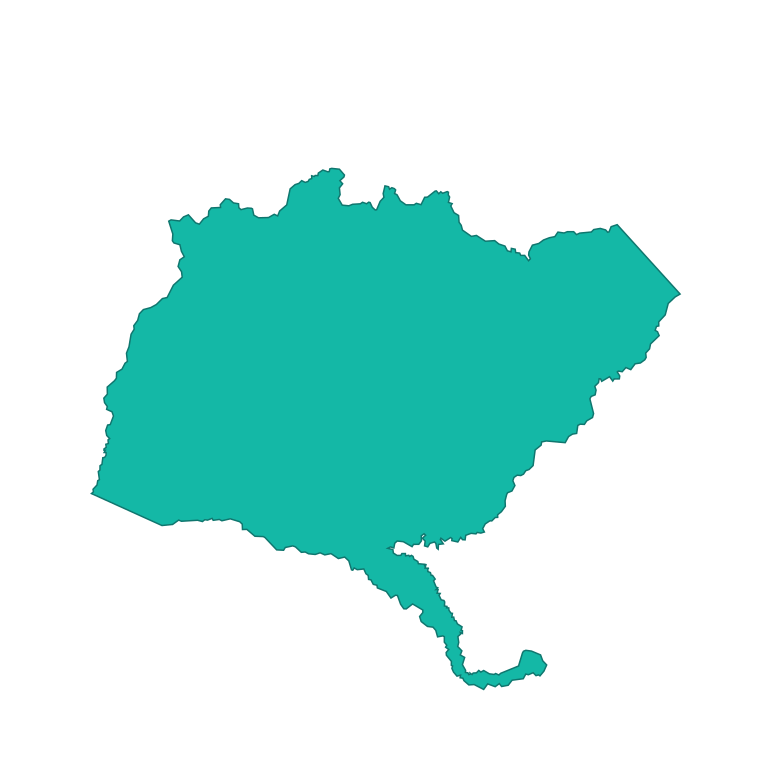 Lábrea, Amazonas, Brazil (Mercator projection), rotated 204°
{"feature_id": "56859067B73498292835260", "entity_name": "Lábrea", "entity_type": "district", "adm_level": 2, "iso_a3": "BRA", "parent_name": "Brazil", "parent_adm1": "Amazonas", "projection": "mercator", "projection_center": [-66.154, -8.383], "detail": "fine", "context": "isolated", "style": "filled", "palette": "teal", "viewbox_px": 768, "rotation_deg": 204, "n_neighbors": 0, "source": "geoboundaries", "source_scale": "gbopen_adm2", "svg_char_len": 6171}
<svg xmlns="http://www.w3.org/2000/svg" viewBox="0 0 768 768"><g transform="rotate(204 384 384)"><path d="M604.1,488.7L606.5,481.2L605.1,478.8L613.4,474.6L614.4,470.7L612.7,465.8L616.0,461.5L617.7,454.9L621.7,454.6L631.5,459.0L635.1,455.1L637.0,449.8L645.3,447.3L646.9,445.2L637.9,435.1L635.6,428.8L633.3,427.4L627.1,428.2L623.1,422.9L618.2,419.0L621.0,414.4L619.9,407.6L614.6,404.2L611.8,399.5L616.6,388.6L617.3,374.8L621.2,371.9L624.3,364.0L628.2,358.9L634.1,354.1L636.0,348.7L634.9,341.9L636.3,335.5L634.5,332.4L635.3,326.6L632.1,314.3L631.8,307.4L627.6,300.2L629.0,297.7L629.4,291.0L633.0,285.8L630.8,280.4L631.6,277.2L635.6,268.6L632.6,262.2L634.2,257.1L631.7,253.3L627.6,250.9L627.1,248.0L621.2,248.0L618.1,244.7L617.6,235.6L619.8,234.1L619.3,228.3L616.4,224.2L612.4,222.5L613.4,220.7L611.6,217.5L613.6,215.8L612.0,213.1L613.4,210.8L612.9,209.6L611.6,210.1L611.8,207.6L610.0,208.3L608.9,205.8L609.4,203.3L610.9,202.3L609.0,195.9L610.2,193.8L608.5,189.9L609.4,187.8L605.1,180.9L606.2,179.2L605.1,175.0L607.0,169.5L605.6,167.3L606.7,164.9L529.3,164.4L520.0,169.7L516.2,176.2L513.3,176.2L498.9,183.7L493.9,184.5L492.5,187.1L489.8,187.9L486.4,191.3L484.6,190.0L479.3,193.3L476.5,193.1L469.6,198.3L459.7,199.5L456.5,198.3L454.1,193.5L450.2,195.4L440.0,192.4L432.2,195.5L430.2,195.3L414.6,188.8L408.1,191.3L407.7,194.5L401.5,199.0L398.6,199.2L391.1,196.6L387.6,198.5L383.9,198.2L377.5,200.3L373.7,203.8L368.6,203.8L363.4,207.5L354.7,206.0L349.5,209.9L344.2,208.1L338.1,201.0L336.8,201.2L336.4,203.8L332.9,203.5L327.2,206.8L323.3,203.3L320.6,202.7L318.6,199.2L316.3,199.8L312.3,196.6L308.6,197.3L307.1,195.0L297.5,195.4L290.6,191.3L287.6,195.7L285.7,196.3L279.2,189.5L274.5,186.7L272.2,187.6L268.4,194.7L256.6,193.3L255.6,191.0L256.9,186.1L253.4,182.1L245.7,180.2L240.3,181.8L236.5,180.0L232.2,174.8L227.8,177.8L226.1,177.7L223.9,172.7L220.4,170.9L220.7,168.6L216.9,167.8L218.0,164.0L216.7,161.6L209.6,158.0L208.1,154.4L206.7,154.3L206.3,151.8L203.3,149.1L198.5,146.8L195.6,149.2L195.0,146.6L192.3,147.3L190.3,145.5L184.1,143.6L179.4,146.1L168.7,145.5L167.3,152.2L159.3,152.7L156.8,157.2L153.5,155.5L148.0,159.3L146.5,165.5L136.9,171.4L136.5,176.7L133.9,177.1L130.3,180.9L126.5,179.4L124.6,181.1L122.8,180.8L121.1,186.7L121.1,193.5L126.4,195.7L130.8,200.2L140.6,200.0L146.1,198.4L147.9,196.6L148.1,194.6L146.4,181.1L159.8,167.1L160.7,164.9L164.3,164.9L165.2,163.5L169.8,162.1L176.4,162.8L178.4,160.2L180.9,160.9L182.1,157.7L185.0,156.2L185.4,154.4L187.8,154.9L187.2,154.0L188.3,153.0L189.9,154.3L192.3,153.6L193.0,155.6L198.2,159.5L199.1,167.0L204.1,167.5L204.3,171.9L209.9,174.2L210.6,178.3L213.8,183.4L212.2,186.8L213.2,188.0L210.9,188.0L212.0,190.6L213.4,190.4L213.9,193.9L219.4,194.7L221.9,197.0L223.5,196.6L225.5,199.4L227.2,198.5L228.2,202.3L229.6,201.9L232.6,203.7L233.8,205.8L235.8,205.0L236.0,206.4L238.5,205.8L239.9,209.6L241.2,210.6L244.0,210.1L247.7,213.3L247.5,215.5L250.4,214.5L251.0,218.2L252.9,217.3L252.0,219.7L253.8,219.7L258.7,224.4L257.9,226.6L261.8,228.9L263.1,228.4L264.9,230.6L267.7,230.5L268.9,233.3L268.0,234.0L271.6,232.5L272.2,236.1L273.2,235.9L272.9,234.6L274.2,235.6L279.5,233.8L280.9,235.6L285.4,236.1L287.3,238.3L289.3,238.6L290.4,236.9L291.7,237.6L294.4,235.8L295.5,237.8L298.7,236.4L298.9,234.3L302.3,232.7L306.7,233.4L308.5,236.3L313.8,235.4L311.8,237.8L308.3,238.2L309.4,242.9L308.1,245.9L302.2,247.8L292.2,246.8L291.8,249.5L287.0,251.7L286.0,256.0L288.2,260.5L286.5,263.5L284.5,262.8L286.1,258.7L282.5,257.2L281.1,252.6L277.8,253.0L277.2,257.1L273.6,260.2L271.8,259.5L269.1,255.6L267.3,255.1L269.0,259.6L264.8,262.1L269.3,264.9L269.3,266.3L264.4,265.2L260.7,270.8L259.0,270.5L258.4,268.5L252.3,269.7L251.5,275.1L249.0,273.7L246.5,274.6L247.8,279.0L243.7,283.0L239.0,284.5L238.5,286.3L234.9,287.2L232.1,289.6L235.0,292.0L234.6,297.4L231.6,302.1L229.8,302.8L228.1,307.3L225.9,308.4L227.0,310.8L224.8,315.1L223.4,321.6L225.9,326.6L227.0,333.0L226.9,334.9L223.6,338.3L223.1,344.5L226.9,348.0L227.3,351.5L225.2,354.9L221.8,356.0L219.9,358.4L219.2,362.5L216.7,364.9L214.6,370.1L219.1,385.2L215.6,392.0L216.4,395.2L212.5,398.0L194.6,404.1L194.0,411.1L191.4,414.9L187.9,417.2L190.1,425.0L188.4,427.1L184.5,428.6L183.8,432.8L179.9,438.2L180.5,442.2L189.9,454.2L189.7,456.9L186.7,460.0L187.8,464.7L190.5,467.6L188.6,472.5L189.6,476.3L188.1,476.7L186.2,475.0L180.9,482.4L176.2,479.7L175.8,482.2L171.1,484.4L171.9,487.2L175.8,489.9L175.2,491.1L171.4,492.1L169.7,497.4L164.4,497.5L162.8,504.6L158.3,507.5L155.6,512.2L155.3,514.9L157.5,518.7L155.7,524.1L156.8,529.0L152.3,540.1L155.4,543.0L158.1,543.3L158.5,547.4L156.6,548.8L158.3,552.5L155.2,561.5L157.1,573.2L153.4,582.0L150.1,586.6L235.8,624.4L240.5,620.1L240.3,614.5L241.4,613.6L244.2,614.9L249.7,614.1L255.2,610.4L256.4,607.2L266.5,601.5L268.9,598.8L272.7,600.3L278.5,597.7L280.9,595.2L286.9,593.5L287.9,588.1L292.4,584.9L296.9,580.4L299.7,575.4L304.9,571.2L305.3,563.6L304.3,560.6L301.2,557.9L302.1,555.4L307.8,558.7L311.4,557.1L313.3,558.8L317.1,557.6L319.0,560.5L322.8,559.7L321.8,556.4L325.5,555.9L329.6,559.2L336.0,558.6L341.2,560.0L349.4,555.7L360.0,557.3L364.2,554.4L374.9,556.5L378.0,560.4L381.2,562.3L384.4,568.3L389.7,569.0L395.4,573.8L395.1,576.5L399.0,576.1L400.1,581.5L402.2,582.9L403.1,585.4L404.5,585.5L408.0,582.1L410.3,582.7L411.3,580.1L414.7,581.7L415.8,581.0L420.3,572.4L422.8,571.1L423.1,562.9L428.0,562.2L429.4,559.9L436.8,556.6L443.6,558.0L449.1,562.2L451.8,562.3L452.3,566.0L454.0,566.7L456.7,566.5L458.2,564.2L460.0,566.1L463.7,565.4L462.2,557.6L460.0,554.5L461.8,549.3L461.6,540.2L462.8,539.4L466.6,540.7L470.5,544.1L471.9,543.9L473.2,541.6L477.5,541.3L478.9,539.0L485.8,535.4L488.6,532.5L494.9,530.4L501.3,535.0L501.1,539.1L504.5,545.0L503.2,550.1L507.0,551.8L504.8,556.8L505.1,558.8L512.1,562.1L519.5,559.7L521.0,558.5L520.4,555.8L521.6,555.0L526.9,554.6L529.8,550.0L529.2,547.5L531.7,546.5L532.1,545.2L534.8,544.8L533.6,542.3L535.5,540.5L535.7,538.2L538.0,536.1L541.9,536.3L543.4,532.6L546.3,530.0L549.1,524.1L545.7,508.0L549.7,499.6L549.5,494.3L553.3,494.4L557.2,489.1L566.2,484.8L571.6,485.3L575.4,490.5L576.6,490.6L580.4,489.2L585.6,485.1L588.3,486.0L590.2,489.5L595.2,488.2L600.2,489.8L604.1,488.7Z" fill="#14b8a6" stroke="#0f766e" stroke-width="1.5"/></g></svg>